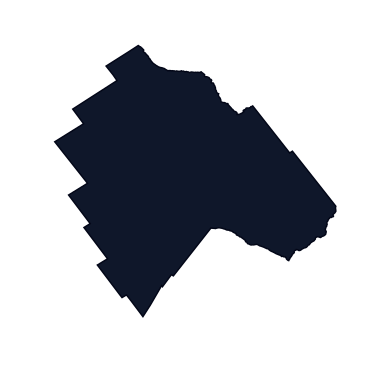 Salto, Buenos Aires, Argentina (Equal Earth projection), rotated 102°
{"feature_id": "61730980B64997833188567", "entity_name": "Salto", "entity_type": "district", "adm_level": 2, "iso_a3": "ARG", "parent_name": "Argentina", "parent_adm1": "Buenos Aires", "projection": "equal_earth", "projection_center": [-60.357, -34.249], "detail": "fine", "context": "isolated", "style": "filled", "palette": "ink", "viewbox_px": 384, "rotation_deg": 102, "n_neighbors": 0, "source": "geoboundaries", "source_scale": "gbopen_adm2", "svg_char_len": 5803}
<svg xmlns="http://www.w3.org/2000/svg" viewBox="0 0 384 384"><g transform="rotate(102 192 192)"><path d="M95.2,150.5L95.6,150.8L95.8,151.0L96.1,151.9L96.5,152.3L96.8,152.3L97.6,152.7L97.7,153.1L97.7,153.4L98.0,153.7L98.2,154.4L98.2,154.8L98.4,155.6L98.5,156.1L98.9,156.6L99.8,156.7L100.2,156.8L100.4,157.5L100.6,157.8L101.0,158.3L101.5,158.7L102.1,158.8L102.4,158.6L102.4,158.3L102.7,157.9L103.1,158.1L103.6,158.6L104.2,159.4L104.6,159.7L105.0,160.1L105.1,160.5L105.6,161.0L106.1,161.7L106.4,162.4L106.5,163.3L106.8,163.7L106.9,164.1L106.6,164.3L106.0,164.2L105.7,164.3L105.3,164.5L104.7,165.1L104.6,165.5L104.4,165.9L104.3,166.9L104.2,167.4L104.0,167.9L103.7,168.3L103.3,168.7L102.8,169.4L102.6,169.8L102.3,170.6L102.0,170.9L101.6,171.2L101.2,171.8L100.5,172.8L100.1,173.4L99.8,173.8L99.5,174.1L99.3,174.6L99.1,174.8L98.8,174.9L98.1,175.3L98.1,175.7L98.3,176.0L98.3,176.9L98.2,177.4L97.9,178.1L97.8,178.6L98.0,179.7L98.0,180.5L97.9,181.8L97.7,182.3L97.3,182.6L96.8,182.7L96.2,183.0L95.8,183.1L94.4,184.0L94.0,184.4L93.1,185.6L92.7,185.9L91.6,186.4L91.2,186.4L90.3,186.4L90.3,186.6L90.2,187.5L89.3,188.7L88.1,189.2L86.8,190.3L85.1,190.8L83.1,192.1L82.8,192.4L82.6,192.9L81.4,193.4L81.0,193.9L81.0,194.3L81.2,195.2L81.2,195.8L80.7,196.2L80.0,196.2L79.5,196.0L78.7,196.0L78.4,196.2L78.0,196.7L77.7,198.1L76.6,199.1L76.3,200.6L76.2,201.6L76.3,202.2L76.5,202.9L76.6,203.5L76.2,203.9L75.7,203.9L75.3,203.9L74.7,204.0L74.2,204.7L73.8,205.7L73.4,206.3L73.3,206.8L73.0,207.3L72.6,207.8L72.6,208.2L72.9,208.4L73.4,208.7L73.4,209.1L73.6,210.3L73.7,211.3L73.8,211.8L74.0,212.1L74.1,212.6L74.1,213.3L74.4,214.1L74.6,214.8L74.6,216.1L74.7,216.5L74.7,216.9L74.8,217.7L75.0,218.1L75.5,218.8L75.6,219.2L75.6,219.7L75.3,220.6L75.4,221.2L75.4,221.8L75.3,222.5L75.4,222.9L75.7,223.3L75.9,224.0L75.8,224.6L75.5,225.3L75.7,225.9L75.9,226.4L75.9,226.6L75.8,227.1L75.7,227.4L75.7,227.8L76.3,228.1L76.5,228.8L76.6,229.8L76.8,230.4L76.9,231.5L76.7,232.0L77.2,232.8L77.3,233.4L77.2,234.1L77.4,235.5L77.4,236.2L77.7,236.7L77.7,237.2L77.7,237.9L77.8,238.5L78.0,238.8L78.0,239.3L77.9,239.7L78.2,240.1L78.4,240.6L78.4,240.9L77.6,243.3L77.0,244.7L76.8,246.8L76.7,247.4L76.9,248.6L76.6,249.6L76.8,250.0L76.9,250.4L76.5,251.0L76.0,252.3L75.7,253.4L75.4,254.0L75.1,254.6L74.8,255.4L74.4,256.2L73.8,257.5L73.3,257.9L73.1,258.3L72.6,258.9L71.4,260.2L70.8,260.5L70.6,261.0L70.2,261.8L69.2,262.4L68.0,263.5L67.7,264.0L67.3,264.7L66.7,265.6L66.0,266.3L65.7,266.8L65.5,267.5L65.2,268.1L64.8,268.6L64.3,269.0L63.7,268.9L63.3,268.7L63.0,268.9L62.2,270.2L61.7,270.8L61.6,271.2L61.3,271.7L61.0,272.1L60.8,272.4L60.7,272.9L60.7,273.3L60.5,273.9L60.1,274.4L59.9,275.0L68.0,283.1L86.7,302.2L93.7,293.7L98.6,288.5L135.7,325.9L147.8,312.2L171.4,336.7L205.2,296.0L220.6,312.1L244.1,285.0L249.2,290.3L274.9,260.7L283.1,269.4L307.9,240.8L309.8,238.5L306.3,234.7L311.1,229.0L324.1,214.1L311.1,209.2L294.0,203.6L289.8,202.3L290.8,201.2L277.2,195.0L277.9,192.8L223.1,165.9L223.2,165.7L223.3,165.2L223.3,164.9L223.1,164.5L223.1,163.9L223.0,163.2L222.9,162.8L222.9,161.6L222.6,161.0L222.2,160.4L222.0,159.9L221.5,158.7L221.3,157.7L221.2,154.8L221.4,153.8L221.4,153.2L221.5,152.5L221.4,151.9L221.6,151.3L221.9,150.6L221.8,148.5L221.6,148.0L221.6,147.2L222.1,146.7L221.9,146.0L221.9,145.5L222.3,144.0L222.8,143.4L223.0,142.3L223.2,141.7L223.3,140.9L223.4,140.4L224.0,140.1L224.5,139.8L224.8,139.3L224.9,138.7L225.0,137.9L225.2,137.3L225.4,136.6L225.9,136.0L225.9,135.5L225.9,134.8L226.1,134.2L226.5,133.6L226.8,132.8L227.5,131.3L228.4,129.6L228.8,129.4L229.1,129.4L229.4,129.3L229.5,129.1L229.5,128.6L229.6,128.1L230.1,127.6L230.6,127.2L230.9,126.9L231.0,126.4L231.0,125.7L231.5,123.9L231.5,123.6L231.5,123.0L231.2,122.4L231.1,121.9L231.0,121.2L230.9,120.7L230.3,119.3L229.8,118.1L229.8,117.3L229.9,116.5L230.2,115.6L230.5,114.9L230.6,114.3L230.6,113.5L231.0,110.6L231.1,109.9L231.3,109.3L231.4,108.9L231.5,108.2L231.7,107.7L231.8,107.2L231.8,105.7L232.0,105.0L232.4,104.6L232.5,104.6L232.8,104.0L233.3,102.7L233.5,102.1L233.6,101.5L233.6,100.9L233.9,100.2L234.0,99.9L234.1,99.1L234.4,98.4L234.5,97.8L234.8,97.1L235.0,96.0L235.5,93.2L235.4,92.5L235.5,92.2L236.4,91.1L236.4,90.7L236.1,90.1L235.9,89.7L236.3,88.9L236.3,88.4L236.2,87.8L236.0,87.5L236.4,86.8L236.9,86.3L237.9,85.6L238.2,85.2L238.9,83.9L239.0,83.5L239.0,83.1L238.6,83.0L237.7,82.8L236.9,82.4L236.4,82.5L236.0,82.4L235.6,82.0L235.0,81.9L234.3,81.4L233.6,81.3L233.3,81.0L233.1,81.0L232.6,81.1L232.3,81.0L231.8,80.7L231.4,80.3L231.1,80.0L230.2,79.5L229.9,79.4L229.5,79.6L229.0,79.7L228.5,79.6L228.2,79.5L227.7,79.1L227.5,78.6L227.3,78.4L226.6,78.2L226.5,77.5L226.7,77.2L226.5,76.7L226.6,76.2L226.9,75.9L227.0,75.5L226.9,74.7L226.5,73.9L226.1,73.5L225.7,73.1L225.2,72.8L224.2,71.6L223.7,71.1L223.2,70.2L223.0,69.7L222.5,68.9L221.5,68.1L220.5,67.6L220.0,67.4L219.5,67.0L219.3,66.4L218.9,66.2L216.9,65.3L215.6,64.0L214.5,62.7L214.2,62.4L213.3,62.1L212.9,61.8L212.4,61.6L211.5,61.7L211.0,61.6L210.5,61.3L210.2,60.7L209.7,60.2L209.6,59.7L209.6,58.8L209.6,58.0L209.8,57.3L209.7,56.7L209.3,56.3L208.7,55.9L208.5,55.7L208.4,55.5L207.8,54.5L207.6,54.2L207.4,53.9L207.1,53.7L206.7,53.3L206.1,52.8L205.5,52.5L205.1,52.4L204.1,52.6L203.9,52.7L203.6,52.5L203.4,52.4L203.2,52.4L202.9,52.5L202.4,53.2L202.0,53.1L201.0,53.8L200.4,54.0L200.0,53.8L199.6,53.7L198.6,53.7L198.2,53.5L197.7,53.4L197.2,53.1L196.6,53.3L195.3,53.1L194.7,53.6L194.1,53.8L193.7,53.8L192.5,53.3L191.5,53.0L190.9,53.1L190.1,52.6L189.6,52.6L189.3,52.2L188.9,52.1L188.6,52.0L188.3,51.6L188.1,51.2L188.1,50.8L187.9,50.4L187.2,49.7L186.9,49.0L186.6,48.6L186.1,48.6L185.8,49.0L185.3,49.3L184.8,49.3L184.3,49.1L183.7,48.7L183.3,48.4L182.8,48.0L182.4,47.8L181.9,47.7L181.4,47.4L181.0,47.3L179.8,47.6L179.3,47.8L177.5,48.4L177.0,48.4L176.6,48.3L176.0,48.4L131.2,102.3L133.5,104.6L95.2,150.5Z" fill="#0f172a" stroke="#020617" stroke-width="1.5"/></g></svg>